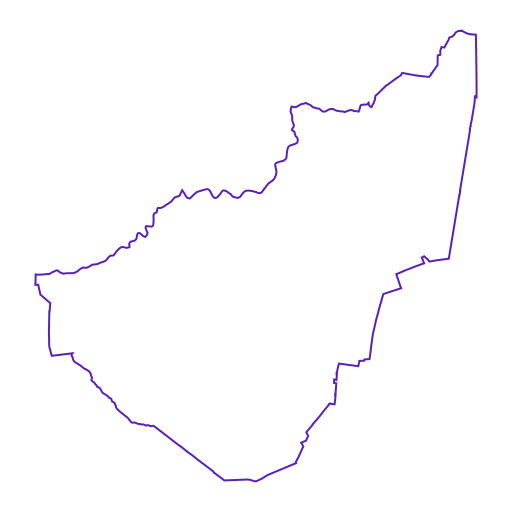 De Ronde Venen, Utrecht, Netherlands
{"feature_id": "6326949B84891227552476", "entity_name": "De Ronde Venen", "entity_type": "district", "adm_level": 2, "iso_a3": "NLD", "parent_name": "Netherlands", "parent_adm1": "Utrecht", "projection": "albers", "projection_center": [4.92, 52.233], "detail": "fine", "context": "isolated", "style": "outline", "palette": "violet", "viewbox_px": 512, "rotation_deg": 0, "n_neighbors": 0, "source": "geoboundaries", "source_scale": "gbopen_adm2", "svg_char_len": 5960}
<svg xmlns="http://www.w3.org/2000/svg" viewBox="0 0 512 512"><path d="M151.4,226.6L146.2,226.1L145.9,226.4L145.7,226.8L145.6,227.7L146.3,230.0L147.5,232.9L147.4,233.8L147.2,234.4L146.4,235.7L145.6,236.6L145.2,236.9L144.8,236.9L143.1,235.9L140.2,233.5L139.7,233.2L138.5,233.0L138.0,233.2L137.5,233.9L136.9,235.6L136.8,237.1L136.6,238.0L136.2,239.1L135.7,239.7L134.5,240.7L131.0,241.6L130.4,241.9L129.6,242.8L129.3,243.5L129.2,244.3L129.6,246.8L129.4,247.2L127.4,247.7L126.3,247.8L122.4,246.9L120.6,247.5L119.1,248.7L116.3,251.6L113.9,255.0L113.1,255.5L110.7,255.7L109.4,256.5L108.2,257.6L107.3,258.9L106.2,260.2L105.0,261.0L103.9,261.6L100.6,262.6L97.8,263.9L95.8,264.3L92.2,264.7L89.7,266.3L86.6,267.8L85.9,267.8L83.4,267.5L82.0,268.0L79.6,269.4L77.6,271.3L76.8,271.7L74.3,272.9L73.6,273.1L65.6,273.3L63.6,273.7L60.4,272.6L57.9,270.6L56.8,270.4L55.8,270.7L52.4,272.2L49.6,273.9L46.1,274.1L44.2,274.4L41.0,274.6L37.9,274.7L35.7,274.4L35.4,284.9L38.2,284.7L40.4,294.6L50.3,303.2L49.6,311.4L49.3,311.4L49.3,311.8L48.9,333.5L49.1,338.7L49.3,339.1L49.1,339.4L49.2,345.4L49.3,346.8L51.8,355.8L72.5,353.3L71.7,354.4L71.6,354.8L71.5,355.3L71.7,355.8L72.5,357.0L73.2,359.8L74.0,361.3L75.1,362.2L80.6,365.6L84.2,368.6L85.8,369.2L89.2,371.4L90.7,373.8L91.0,375.4L91.8,377.2L91.9,378.2L91.4,379.9L91.6,380.5L93.3,382.0L94.4,382.6L95.3,384.3L96.2,384.9L96.5,385.3L97.2,386.8L99.1,387.5L99.6,387.9L100.9,389.9L102.2,392.3L103.0,393.1L107.4,395.8L109.3,398.0L111.0,398.6L111.3,399.1L111.9,400.9L112.1,401.4L114.3,402.7L114.7,403.2L115.0,404.4L115.8,405.6L115.9,406.1L115.9,406.8L116.0,407.4L116.9,408.7L120.2,411.9L126.6,416.9L128.3,418.4L128.9,419.4L131.3,422.2L132.5,422.8L133.7,422.5L134.9,422.6L138.3,423.9L140.1,424.0L141.1,424.5L143.1,424.4L144.4,424.8L145.8,425.6L147.7,425.1L151.2,426.2L153.1,425.8L153.9,426.0L178.4,444.9L181.3,446.9L188.9,453.0L190.4,453.9L193.6,456.3L197.0,459.1L213.5,471.6L213.8,472.7L214.5,473.0L220.9,477.8L221.8,478.3L224.2,480.4L228.0,480.3L247.4,479.5L250.0,479.8L254.6,481.3L256.3,481.2L262.2,478.5L266.8,475.5L268.1,475.0L268.4,474.7L295.8,463.2L295.6,463.0L295.9,461.9L298.3,457.4L303.3,446.4L301.2,442.7L306.0,440.7L308.2,435.8L306.3,432.3L312.8,424.5L312.7,424.1L313.4,423.5L316.3,420.2L320.4,415.3L324.0,410.6L329.2,404.4L329.0,404.2L330.0,403.4L331.8,404.0L334.6,404.3L335.3,398.5L335.5,396.0L335.2,396.0L335.2,394.0L335.6,394.1L335.6,392.8L336.2,384.9L336.3,383.3L334.0,382.9L334.2,379.5L336.5,379.9L336.9,374.1L336.5,374.0L336.6,372.8L337.0,372.9L337.3,370.3L338.3,366.0L339.0,363.6L358.3,366.2L359.4,360.9L364.2,360.7L364.3,359.7L364.5,359.4L369.5,359.1L370.1,355.6L370.2,353.9L370.6,351.5L370.9,348.5L372.8,334.4L375.1,324.6L376.1,319.8L378.0,313.2L378.9,309.3L379.4,308.1L379.7,306.5L380.4,304.1L381.2,301.9L382.0,298.4L383.4,294.0L401.1,288.2L399.9,285.0L396.3,274.2L405.9,270.1L417.1,265.8L424.1,263.3L421.8,257.5L422.2,257.5L424.1,256.3L427.9,259.6L429.3,261.6L435.9,260.4L448.8,258.7L459.2,195.7L459.3,194.8L459.6,194.9L460.3,190.6L460.0,190.6L469.7,132.2L470.0,129.0L469.9,128.8L470.0,128.7L470.4,126.5L470.6,126.3L470.7,126.1L470.5,125.9L470.9,123.5L471.6,120.6L474.5,103.2L474.7,100.7L474.9,96.2L475.1,96.1L476.5,97.3L476.6,90.1L476.5,75.8L476.0,38.5L475.8,34.6L471.6,34.4L468.6,33.9L466.4,33.2L461.7,30.7L461.6,31.0L459.6,30.9L458.2,31.1L456.4,31.9L455.3,33.0L454.2,34.7L453.3,35.7L451.4,36.9L449.3,37.6L449.1,38.1L448.7,39.6L444.3,47.5L441.5,47.1L440.3,50.7L440.3,54.9L440.1,55.0L438.9,55.0L437.7,55.5L437.6,64.0L437.6,64.8L437.5,65.2L436.7,66.2L431.8,73.3L431.3,73.4L431.1,74.6L430.8,74.7L429.2,76.9L422.7,76.3L415.6,75.4L402.1,72.9L400.9,75.3L395.6,78.8L387.5,84.8L385.9,85.7L383.1,88.6L382.3,89.2L381.9,89.9L381.0,90.5L378.6,93.0L375.4,95.9L374.8,99.6L374.8,100.2L373.7,102.7L373.6,103.5L372.7,104.5L371.5,107.1L371.3,107.2L369.9,106.2L369.2,105.5L368.9,104.7L368.7,103.0L368.5,102.7L367.7,104.0L366.9,104.4L366.0,104.6L364.7,104.5L361.5,104.9L360.9,105.2L360.7,105.5L360.2,106.7L359.2,110.5L358.6,111.6L356.5,111.1L354.0,111.1L352.4,110.2L350.3,110.0L344.6,112.1L343.0,111.5L340.1,111.3L337.1,110.8L335.3,110.2L333.3,109.1L331.8,109.0L330.2,109.1L328.6,109.6L325.8,111.3L324.5,111.6L323.1,111.6L322.2,111.2L320.0,109.3L319.2,108.8L318.3,108.5L316.5,108.4L315.2,107.7L312.9,107.3L310.8,105.3L305.8,103.0L303.8,103.7L302.3,103.9L301.1,104.2L296.6,106.8L295.7,107.1L293.6,107.1L291.6,106.5L290.9,108.7L290.6,111.6L291.0,112.9L292.0,115.1L292.2,115.8L292.2,120.5L293.1,122.9L293.8,125.1L293.9,125.8L293.5,127.0L292.0,129.2L292.0,129.8L292.2,130.3L292.6,130.6L293.9,131.4L294.6,132.0L294.8,133.9L295.6,136.0L296.0,136.6L296.9,137.3L297.2,137.9L297.8,139.9L297.7,140.9L297.3,142.6L295.2,143.9L290.4,145.4L289.4,146.0L288.3,147.0L287.8,148.2L287.3,149.9L286.8,153.9L286.5,157.3L286.0,158.7L285.4,159.4L283.2,160.9L280.1,161.6L277.0,162.7L276.1,163.2L275.4,163.8L275.2,164.4L275.2,165.4L276.4,171.1L276.4,172.5L276.0,174.8L274.4,178.5L273.8,179.3L272.5,180.6L270.4,182.0L268.0,183.9L267.5,184.8L266.2,186.0L265.3,187.8L264.4,188.6L261.7,192.3L260.2,193.1L259.1,193.1L257.9,192.9L255.8,191.9L254.2,191.7L252.9,191.2L251.4,190.9L248.7,190.6L246.3,190.7L245.3,191.0L243.8,192.1L239.9,197.0L238.2,197.8L237.6,197.9L233.2,196.8L231.9,195.8L231.3,194.8L231.0,194.4L228.0,192.4L226.8,191.4L224.8,190.6L223.5,190.4L222.9,190.6L222.3,191.0L219.8,194.7L218.6,195.7L217.5,197.1L216.7,197.6L215.2,198.0L214.1,197.7L212.6,196.2L210.9,192.6L210.0,190.9L209.4,190.2L208.1,189.3L206.8,189.1L204.1,189.8L197.1,191.9L196.2,192.6L193.5,194.9L190.9,197.6L189.6,198.5L187.4,197.8L186.6,197.1L185.8,196.1L184.7,193.9L182.2,190.2L180.8,193.0L180.1,194.8L179.7,195.5L179.4,195.8L178.0,196.4L176.1,196.9L174.8,197.5L173.8,198.4L172.8,199.6L171.9,200.9L171.2,201.5L168.7,203.4L166.7,204.5L163.9,206.5L161.3,207.8L160.4,208.0L157.9,208.0L157.2,209.2L156.9,211.4L156.6,212.3L154.5,213.3L154.0,213.9L153.6,214.7L153.5,216.4L153.6,220.0L153.4,223.7L153.2,224.8L152.9,225.7L152.3,226.3L151.4,226.6Z" fill="none" stroke="#5b21b6" stroke-width="2"/></svg>